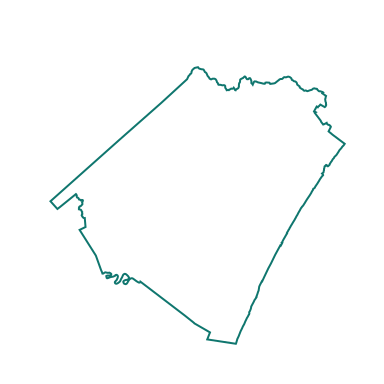 outline of Horowhenua District, Manawatu-Wanganui, New Zealand, rotated 196°
{"feature_id": "76426892B7250308358266", "entity_name": "Horowhenua District", "entity_type": "district", "adm_level": 2, "iso_a3": "NZL", "parent_name": "New Zealand", "parent_adm1": "Manawatu-Wanganui", "projection": "orthographic", "projection_center": [175.297, -40.577], "detail": "fine", "context": "isolated", "style": "outline", "palette": "teal", "viewbox_px": 384, "rotation_deg": 196, "n_neighbors": 0, "source": "geoboundaries", "source_scale": "gbopen_adm2", "svg_char_len": 5833}
<svg xmlns="http://www.w3.org/2000/svg" viewBox="0 0 384 384"><g transform="rotate(196 192 192)"><path d="M227.8,299.1L246.1,269.2L276.2,222.1L325.5,144.1L316.7,138.6L314.7,141.3L303.0,158.0L302.6,157.8L301.8,156.9L301.7,156.0L301.2,155.3L300.8,155.0L300.2,155.1L299.2,154.6L298.6,153.7L298.1,153.8L297.4,153.7L296.4,153.2L296.1,153.2L295.7,154.0L295.1,154.1L294.7,154.0L294.5,153.6L294.6,153.1L294.5,152.8L294.7,151.5L294.4,151.2L294.0,150.1L294.0,149.8L294.5,149.0L294.7,148.4L295.4,147.4L296.0,147.2L296.3,146.4L296.2,146.3L296.3,145.3L295.8,144.5L295.8,144.2L294.2,144.3L293.5,144.0L292.4,142.7L292.0,142.5L291.9,141.5L291.3,140.7L291.6,139.9L291.6,139.1L290.8,138.3L290.5,138.3L290.0,137.6L289.0,137.2L288.3,137.2L287.9,137.4L284.7,129.0L289.6,124.6L266.9,104.4L257.9,91.9L256.4,90.1L255.6,88.9L254.9,89.1L253.6,90.6L253.1,90.9L251.0,91.0L249.8,91.4L249.2,91.7L247.9,91.4L247.4,91.2L247.0,90.9L246.9,90.6L246.9,90.0L247.5,89.3L250.4,88.3L251.2,87.7L251.1,87.2L250.3,85.9L249.8,85.7L249.2,86.0L247.1,87.6L245.4,88.5L244.8,88.7L243.1,90.0L242.7,90.6L242.7,91.0L242.1,91.4L241.5,91.6L240.5,91.2L240.0,90.6L239.8,89.0L240.2,86.5L240.7,85.7L241.3,84.3L241.3,84.0L240.9,83.3L240.5,83.0L239.7,82.9L239.2,83.1L238.4,83.7L237.7,84.5L236.9,85.6L236.6,86.2L236.4,86.8L236.3,88.3L235.7,90.8L235.4,93.0L235.2,93.7L234.7,94.3L234.3,94.7L233.4,94.9L232.9,94.8L231.5,94.2L230.1,93.4L229.0,92.4L228.9,92.0L229.0,91.0L229.5,90.2L230.4,89.6L231.4,89.2L232.6,88.3L233.1,87.6L233.3,87.0L233.2,86.5L232.7,85.8L232.0,85.2L231.3,85.1L230.5,85.1L230.2,85.2L229.5,85.9L229.1,86.9L228.8,88.4L228.2,90.4L227.2,91.9L226.4,92.4L225.4,92.6L224.6,92.4L220.6,90.9L218.3,90.3L217.7,90.4L217.2,90.6L216.9,91.1L216.9,91.6L164.7,71.2L153.9,66.7L153.6,66.4L136.0,62.0L136.7,54.5L108.0,58.2L107.9,59.1L107.9,63.2L107.4,66.1L106.9,71.5L106.3,74.7L106.0,77.1L105.7,77.9L105.6,78.8L105.4,79.3L105.1,82.2L104.7,84.4L104.5,85.9L104.0,87.6L103.6,89.8L103.4,90.0L103.4,91.1L103.9,92.2L103.5,93.6L103.3,95.5L103.3,96.8L103.5,98.2L102.4,103.4L102.1,105.4L101.4,107.3L101.1,108.4L101.3,108.4L101.0,112.3L101.0,113.9L100.8,115.6L101.3,119.6L101.1,121.0L100.2,125.6L99.9,125.5L99.2,129.9L97.6,139.6L96.4,145.0L94.7,154.7L92.4,165.0L91.9,164.8L91.6,166.0L91.2,168.0L91.7,168.1L91.6,168.3L91.0,171.4L89.6,177.0L89.4,177.6L89.2,178.5L89.5,178.7L89.4,179.4L89.0,180.6L88.7,182.3L88.4,182.8L88.2,184.4L87.9,185.0L87.9,185.5L87.6,186.7L87.0,188.8L86.6,190.4L85.7,193.6L85.5,194.7L85.3,195.3L84.9,197.4L84.4,199.1L84.0,201.3L83.2,204.4L82.8,206.5L82.5,207.0L82.3,207.7L82.2,207.9L82.2,208.1L81.4,209.6L80.9,211.4L80.3,213.3L80.2,214.1L79.8,215.2L79.6,216.1L77.8,221.6L77.0,224.5L77.0,225.1L76.3,227.4L76.4,227.8L76.3,228.2L76.3,228.6L75.5,229.3L75.1,230.1L75.0,231.3L74.5,232.4L74.4,233.0L73.7,234.9L73.6,235.6L73.3,236.5L73.2,236.9L72.8,238.2L72.7,239.0L71.4,242.8L70.7,244.1L70.6,244.4L70.8,244.7L72.1,245.6L71.1,246.9L71.0,247.4L71.2,248.5L71.1,249.3L71.5,250.7L71.4,251.5L71.6,253.2L71.5,253.4L71.0,253.7L70.8,254.6L70.5,255.0L70.2,255.0L69.6,254.8L69.1,254.2L68.8,254.1L68.3,254.3L67.3,256.0L67.2,256.4L67.3,256.7L67.3,257.1L67.0,257.9L66.7,259.1L66.3,259.9L65.7,262.4L65.0,263.6L64.8,264.9L63.4,267.3L62.3,270.8L61.8,272.8L60.6,275.2L60.2,276.3L60.1,276.8L59.1,278.6L58.5,280.4L72.6,285.8L77.4,287.9L76.5,292.8L76.6,293.2L76.7,293.3L77.2,293.4L77.6,293.9L78.2,294.1L78.8,294.3L79.5,294.1L80.8,294.7L81.0,294.7L81.6,295.6L83.1,294.1L83.8,293.5L84.0,293.5L84.2,293.2L84.5,293.0L87.4,295.2L87.9,296.0L95.8,301.9L95.0,302.8L96.9,303.2L95.7,308.5L94.4,308.1L94.1,309.1L93.5,309.7L92.7,311.4L87.8,310.2L87.2,311.1L87.0,312.7L87.5,313.3L87.5,313.7L87.8,314.7L88.6,315.7L89.6,318.0L89.5,319.2L89.8,320.7L89.6,320.9L89.6,321.3L94.1,322.8L94.0,323.4L93.5,323.9L94.0,324.1L96.5,324.2L97.3,323.9L97.7,323.9L98.6,324.3L99.8,325.0L100.2,325.5L100.6,325.6L101.2,325.4L101.8,325.4L102.4,325.3L102.8,325.4L103.7,325.0L104.1,324.7L104.8,323.6L105.1,323.2L106.8,322.2L108.7,320.8L109.1,320.7L110.6,321.0L111.9,320.3L112.7,320.4L113.6,321.1L115.2,321.4L117.2,322.1L117.6,323.1L120.4,324.2L121.3,325.6L121.7,326.1L122.3,326.4L123.0,326.7L124.6,326.6L125.9,327.2L126.6,327.2L127.0,327.4L127.7,328.5L128.3,328.9L129.6,329.4L130.8,329.5L131.6,329.3L133.3,328.1L134.7,327.9L135.1,327.7L135.5,327.3L136.3,325.7L136.8,325.4L138.1,325.0L138.8,324.4L139.1,324.1L139.3,323.6L139.8,323.0L141.7,320.3L142.2,319.6L143.1,319.0L146.5,317.5L147.0,317.6L147.5,318.3L147.8,318.4L150.6,317.8L151.6,317.3L151.7,316.4L151.9,316.1L152.8,315.9L153.6,315.8L155.4,315.8L158.3,315.6L159.3,315.6L160.6,315.9L162.3,315.6L162.6,315.3L162.9,314.5L162.9,313.8L163.1,313.0L163.2,311.9L164.2,312.7L165.0,313.1L165.2,314.1L165.6,315.2L166.6,316.5L167.4,317.3L167.8,317.4L168.2,317.2L168.6,316.9L169.0,316.0L169.7,315.7L170.2,315.6L170.5,315.7L171.4,316.5L172.3,317.4L172.8,317.6L173.3,317.5L174.4,315.6L174.6,315.5L174.8,315.3L176.1,314.1L176.6,313.4L176.6,312.9L176.4,312.1L176.2,310.6L176.3,310.2L176.6,309.8L176.6,309.0L176.4,307.7L176.0,306.5L176.0,305.2L176.2,304.5L178.0,302.6L178.1,301.8L178.6,301.8L178.9,302.3L180.6,303.7L180.8,303.0L180.9,302.8L181.7,302.4L182.8,302.2L183.3,301.5L184.5,300.6L184.6,300.1L185.9,299.8L186.7,299.4L187.3,300.2L188.5,301.1L188.8,301.5L189.3,303.0L190.0,303.5L190.8,303.5L192.2,302.9L194.0,302.9L196.1,302.4L196.4,302.6L196.7,303.2L197.2,303.8L198.3,304.5L198.9,305.5L199.3,306.0L200.4,306.9L201.4,307.1L202.1,307.0L203.6,306.5L204.5,305.6L204.8,305.5L206.3,305.8L207.4,306.9L208.1,307.3L209.1,308.0L210.6,309.9L210.9,310.2L211.8,310.7L212.7,310.9L213.9,312.2L214.6,312.8L215.3,312.9L216.7,312.6L219.0,312.6L219.9,313.0L220.5,313.6L220.9,313.5L223.8,311.9L224.4,310.8L224.8,310.3L225.3,309.4L225.6,307.6L225.6,307.3L225.4,306.7L225.4,306.3L225.5,305.7L225.7,305.4L226.3,304.8L226.5,304.1L226.7,303.3L227.1,302.9L227.3,302.5L227.8,299.1Z" fill="none" stroke="#0f766e" stroke-width="2"/></g></svg>